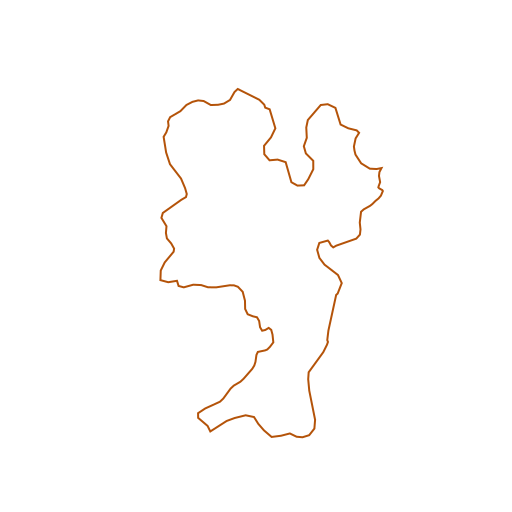 outline of Balé, rotated 39°
{"feature_id": "BFA-2803", "entity_name": "Balé", "entity_type": "Province", "adm_level": 1, "iso_a3": "BFA", "parent_name": "Burkina Faso", "parent_adm1": "", "projection": "equal_earth", "projection_center": [-3.038, 11.667], "detail": "fine", "context": "isolated", "style": "outline", "palette": "amber", "viewbox_px": 512, "rotation_deg": 39, "n_neighbors": 0, "source": "natural_earth", "source_scale": "10m", "svg_char_len": 2223}
<svg xmlns="http://www.w3.org/2000/svg" viewBox="0 0 512 512"><g transform="rotate(39 256 256)"><path d="M298.2,108.7L299.1,113.1L301.2,116.4L306.0,120.5L307.4,124.6L307.9,125.7L309.1,125.9L312.7,125.3L313.7,125.7L315.1,130.5L315.0,134.2L314.2,137.9L313.7,142.5L313.1,145.1L310.4,151.9L309.8,155.5L315.6,164.7L320.5,169.6L323.3,174.0L323.0,179.4L311.9,197.4L310.6,200.7L307.6,200.6L304.3,199.2L302.1,198.8L297.0,206.0L299.6,212.7L306.5,217.6L314.7,219.6L331.7,219.2L339.7,223.1L343.1,233.8L342.8,235.8L359.2,268.4L364.3,276.5L366.0,277.5L367.0,280.3L368.8,288.4L370.1,313.2L374.1,318.9L382.1,327.1L405.0,346.1L410.0,353.4L410.1,361.8L406.2,367.6L401.3,370.9L394.0,372.6L388.6,379.9L382.0,386.8L371.9,386.5L363.4,385.0L355.8,382.4L348.2,386.3L341.4,395.3L337.0,402.7L332.1,417.5L330.9,421.1L325.3,418.5L312.9,418.2L309.9,414.6L312.5,406.4L315.5,400.4L319.7,391.9L320.3,387.4L319.7,375.0L320.3,370.7L323.0,363.5L323.6,359.3L324.1,346.1L323.6,342.2L322.2,338.6L318.6,332.6L317.8,329.4L322.5,323.6L323.6,321.6L324.0,317.9L323.8,312.2L318.3,306.7L314.3,303.8L311.1,303.9L309.8,307.6L307.8,310.2L304.0,308.8L299.3,304.5L295.3,303.0L291.6,304.8L286.2,306.5L280.9,304.0L275.6,297.7L268.2,292.2L261.3,291.3L257.3,292.7L254.0,295.3L244.8,305.4L238.4,310.5L231.7,313.1L225.3,317.8L219.6,325.8L214.7,328.0L210.2,325.0L204.3,331.6L196.9,334.9L191.1,327.2L189.1,318.4L189.3,304.5L187.7,301.8L182.2,299.6L175.7,298.4L171.5,294.8L167.7,289.2L158.5,285.9L156.5,281.2L162.6,259.3L164.5,254.3L163.2,251.4L158.2,247.9L149.0,243.0L131.4,238.8L121.0,232.1L109.2,221.5L108.5,216.4L106.2,209.9L102.9,206.7L101.9,202.1L106.1,191.0L106.9,182.4L109.6,176.2L113.1,171.5L117.8,168.5L125.9,167.1L131.4,162.3L135.2,157.7L137.6,151.1L136.1,142.1L136.7,137.7L160.3,132.5L167.2,133.2L169.8,134.9L174.3,133.4L190.7,144.6L193.0,154.4L192.9,165.3L198.4,171.7L206.3,173.1L212.1,167.5L220.0,164.4L237.1,176.4L243.9,175.2L248.9,170.8L248.3,163.5L245.9,152.5L240.6,146.0L230.2,144.9L224.1,140.6L221.1,132.2L214.2,124.5L210.7,117.7L211.3,97.9L216.2,92.9L224.5,90.9L239.0,100.6L247.3,98.7L255.2,95.0L258.6,95.4L259.4,101.9L263.2,109.3L266.2,112.1L269.5,114.6L279.4,117.8L289.5,116.5L295.0,112.5L298.2,108.7Z" fill="none" stroke="#b45309" stroke-width="2"/></g></svg>